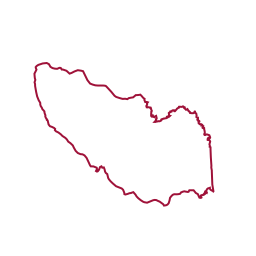 Kpayan, Sinoe, Liberia, rotated 248°
{"feature_id": "62588387B5166019461138", "entity_name": "Kpayan", "entity_type": "district", "adm_level": 2, "iso_a3": "LBR", "parent_name": "Liberia", "parent_adm1": "Sinoe", "projection": "natural_earth1", "projection_center": [-8.829, 5.106], "detail": "fine", "context": "isolated", "style": "outline", "palette": "rose", "viewbox_px": 256, "rotation_deg": 248, "n_neighbors": 0, "source": "geoboundaries", "source_scale": "gbopen_adm2", "svg_char_len": 5798}
<svg xmlns="http://www.w3.org/2000/svg" viewBox="0 0 256 256"><g transform="rotate(248 128 128)"><path d="M197.5,107.6L198.7,106.0L200.4,103.1L200.5,99.6L200.2,96.3L200.3,94.2L204.1,92.4L205.7,90.6L206.7,89.4L207.0,88.5L208.9,88.1L209.5,86.9L209.4,84.5L210.5,82.3L211.9,80.4L213.8,79.0L216.8,78.6L218.7,77.0L219.8,73.1L220.1,68.5L219.7,66.5L219.0,65.2L218.0,65.0L216.4,65.0L213.4,61.6L211.2,60.9L209.1,60.3L207.3,60.1L205.4,58.5L203.6,58.3L201.7,57.6L199.4,57.1L195.6,56.3L191.3,55.6L187.0,55.6L184.7,56.0L183.9,56.0L182.9,55.5L181.2,55.3L179.1,55.7L177.3,55.7L176.3,56.2L174.7,56.7L173.4,56.3L171.9,56.2L170.7,56.2L169.9,55.7L168.4,55.6L167.0,55.9L166.2,55.8L166.2,56.1L164.9,56.3L161.0,55.7L158.9,56.3L157.6,57.8L155.7,59.5L154.4,60.1L153.4,59.4L151.9,60.0L149.9,61.8L147.2,63.4L145.2,64.2L142.3,66.2L140.4,67.0L137.7,67.5L135.6,68.9L132.5,70.3L130.2,70.4L126.4,70.9L123.6,72.1L121.6,74.1L120.6,76.0L118.9,77.4L115.8,78.4L110.7,78.7L107.9,78.8L106.4,79.1L105.3,81.6L102.9,84.1L101.6,83.9L100.1,82.2L99.2,82.9L99.2,83.8L100.2,85.5L102.3,87.5L102.4,89.0L100.8,89.3L100.5,90.8L98.5,90.8L96.2,90.4L94.6,90.6L93.1,91.5L89.0,90.9L87.6,91.1L85.1,91.9L82.4,93.1L78.5,95.1L76.5,97.2L74.3,99.5L72.6,100.3L69.5,100.3L68.0,99.9L67.3,100.7L67.0,103.2L67.0,104.8L66.6,106.5L66.6,107.9L66.5,108.9L63.4,110.0L61.4,110.3L59.1,111.2L56.4,112.7L54.1,114.3L53.1,115.3L51.6,117.7L51.6,124.4L51.3,125.8L50.6,127.2L48.7,128.9L48.0,129.7L44.1,132.1L42.6,132.3L42.1,134.3L42.2,135.9L43.0,137.5L45.3,139.4L47.5,140.8L48.5,142.5L49.3,144.4L49.3,146.0L48.2,148.5L47.7,150.3L47.5,151.7L48.0,152.5L48.4,153.0L48.4,155.1L48.2,156.5L47.4,157.7L46.3,159.5L46.2,160.3L47.0,161.2L47.3,161.6L45.7,165.5L43.8,166.1L42.4,166.5L41.5,167.2L40.5,168.0L39.0,168.0L36.7,168.1L36.1,168.9L35.9,169.6L36.0,170.1L36.3,170.2L37.0,169.8L37.5,169.8L38.1,170.2L38.2,171.0L38.0,171.8L37.7,172.8L37.7,173.3L37.9,174.1L38.0,173.8L38.3,173.4L38.8,174.2L38.9,174.6L39.0,174.9L39.3,175.1L38.9,175.3L39.0,175.7L39.4,175.6L39.6,175.7L39.3,175.9L39.0,176.2L39.3,176.2L39.7,176.4L39.4,176.9L39.9,176.9L40.4,176.6L40.9,177.5L41.7,178.4L41.9,179.2L42.1,179.9L41.8,180.5L41.9,181.2L41.9,181.5L41.0,181.2L40.3,181.3L39.7,181.5L38.7,182.2L38.2,182.8L37.7,183.1L37.2,183.3L37.3,183.5L44.0,185.0L56.2,189.4L57.2,189.8L60.1,190.4L61.8,191.2L70.0,193.9L76.7,196.3L79.3,197.3L79.6,197.2L80.0,196.7L81.1,197.3L82.4,197.4L84.6,199.1L85.4,199.1L86.0,199.0L86.8,198.0L87.1,197.4L87.8,197.6L88.5,198.2L88.8,198.9L88.5,199.3L87.9,199.8L88.1,200.4L88.6,200.7L90.8,200.7L91.3,200.2L91.9,199.5L92.4,198.9L92.6,198.5L92.6,196.8L92.7,196.6L92.9,196.4L93.4,196.3L93.8,196.4L94.1,196.8L94.5,197.3L95.1,197.5L96.4,197.9L98.6,198.2L99.1,198.5L99.5,198.6L99.7,198.4L99.8,197.7L99.9,197.4L100.3,197.2L100.7,197.8L101.2,198.3L101.6,198.5L102.0,198.0L102.6,197.2L102.9,197.8L103.2,198.0L104.3,197.1L104.4,196.6L104.5,196.1L104.7,195.9L105.0,195.9L105.4,195.7L105.8,195.3L106.1,195.3L106.4,195.4L106.8,195.6L107.1,195.7L107.4,195.7L107.4,196.0L107.3,196.4L107.3,196.6L107.8,196.7L108.9,195.9L109.4,195.5L109.6,195.4L109.7,195.6L109.6,196.1L111.3,196.7L111.5,196.1L112.0,195.8L112.5,195.5L113.3,195.9L113.9,196.3L115.5,196.6L115.9,196.7L116.5,196.2L116.8,195.9L117.0,195.9L117.4,196.1L118.1,196.3L118.3,196.2L118.3,195.9L117.7,195.3L117.3,194.8L117.3,194.0L117.5,193.6L117.7,192.9L118.3,191.9L118.4,191.6L118.7,191.2L118.9,191.3L119.4,191.5L120.2,191.1L120.5,190.9L120.6,190.6L120.8,190.5L121.2,190.7L122.1,190.3L122.8,190.3L123.3,190.2L123.1,189.3L123.1,188.8L123.2,188.6L123.6,188.6L123.9,188.4L124.2,188.2L125.4,187.6L125.7,187.5L125.8,187.7L126.0,188.2L126.7,187.6L127.3,187.3L127.5,187.0L127.4,186.3L127.4,186.1L127.5,185.6L128.3,184.0L128.5,183.6L128.6,183.2L128.4,183.0L127.8,182.8L127.8,182.0L127.8,181.6L127.6,181.2L127.6,180.8L127.4,180.4L127.0,179.9L126.6,178.9L126.1,178.1L126.0,177.8L126.1,177.5L126.2,177.3L126.4,177.3L126.5,177.4L126.7,177.7L126.9,177.7L127.2,177.4L127.2,177.2L126.9,177.1L127.0,176.9L127.4,176.7L127.6,176.4L127.6,176.2L127.6,175.9L127.6,175.6L127.5,175.2L127.3,174.9L126.9,174.6L126.9,174.4L127.1,174.2L127.2,173.9L127.3,173.7L127.5,173.6L127.5,173.3L126.8,173.0L126.8,172.8L126.8,171.9L126.7,171.5L126.2,171.3L125.5,171.2L125.0,171.1L124.6,170.8L124.2,170.4L123.7,170.8L123.6,171.2L123.5,171.4L123.4,171.2L123.2,170.6L123.0,170.0L123.1,169.6L123.4,169.3L123.5,169.0L123.8,168.8L123.9,168.6L123.9,168.4L123.6,168.4L123.2,168.6L122.9,168.5L122.8,168.0L122.8,167.1L122.8,166.7L123.1,166.2L123.1,165.5L123.2,165.0L123.4,164.6L123.4,164.3L123.3,164.1L123.4,163.6L123.5,163.0L123.4,162.0L123.2,161.9L122.7,161.9L122.5,161.5L122.4,160.7L122.4,160.0L122.5,159.5L122.8,158.9L123.0,158.6L123.0,158.0L123.2,157.0L123.4,156.6L123.3,155.8L123.7,154.9L124.5,156.6L124.8,157.0L125.3,157.1L125.8,157.2L126.0,157.8L126.0,158.1L126.5,158.3L127.3,158.4L128.7,158.6L128.6,157.0L128.4,156.7L128.2,156.5L128.7,155.9L129.0,155.5L129.3,155.0L129.6,155.0L130.0,155.1L130.2,155.4L130.2,155.6L130.4,155.8L130.6,155.6L130.7,155.1L130.6,154.7L130.2,154.3L130.1,154.1L130.4,154.0L131.2,154.2L131.9,154.6L132.6,154.8L133.2,155.3L134.2,155.5L134.6,156.2L135.0,156.5L135.3,156.5L135.8,156.4L136.7,156.5L137.2,156.5L137.4,156.4L137.5,156.6L137.9,156.6L138.2,156.7L138.4,156.7L138.6,156.4L139.1,155.5L139.8,154.4L139.8,153.7L140.1,153.2L140.6,153.4L141.0,153.1L141.6,153.3L141.9,153.6L142.3,154.4L143.7,154.8L144.4,156.0L145.1,155.2L145.6,153.7L146.8,153.7L147.9,153.7L148.8,154.3L149.4,153.9L150.5,153.3L151.8,152.9L152.9,152.5L154.3,151.9L154.5,150.8L155.0,149.0L155.6,147.5L155.1,146.1L154.5,144.2L155.0,142.1L155.4,139.9L155.0,138.2L156.2,136.3L157.0,133.9L159.1,131.2L161.2,128.7L162.9,127.6L167.7,126.1L174.1,123.7L175.4,123.1L176.3,121.7L177.6,118.7L178.5,116.3L179.8,113.7L181.5,111.5L183.4,109.5L187.6,108.3L197.5,107.6Z" fill="none" stroke="#9f1239" stroke-width="2"/></g></svg>